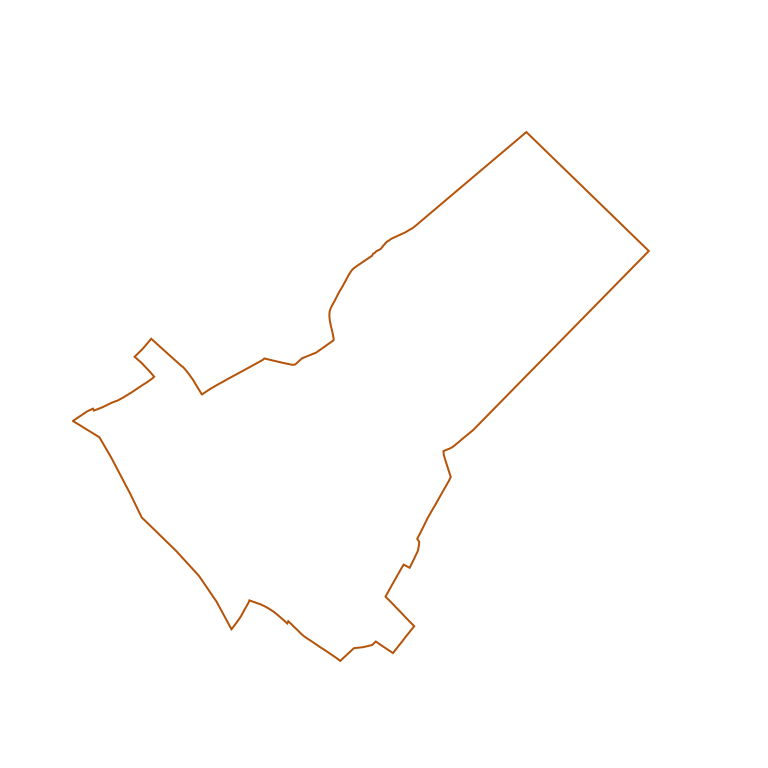 outline of Al Tibbin, Al Qahirah, Egypt, rotated 315°
{"feature_id": "37247803B18410334160069", "entity_name": "Al Tibbin", "entity_type": "district", "adm_level": 2, "iso_a3": "EGY", "parent_name": "Egypt", "parent_adm1": "Al Qahirah", "projection": "robinson", "projection_center": [31.32, 29.779], "detail": "fine", "context": "isolated", "style": "outline", "palette": "amber", "viewbox_px": 768, "rotation_deg": 315, "n_neighbors": 0, "source": "geoboundaries", "source_scale": "gbopen_adm2", "svg_char_len": 3298}
<svg xmlns="http://www.w3.org/2000/svg" viewBox="0 0 768 768"><g transform="rotate(315 384 384)"><path d="M468.2,284.2L466.1,284.9L464.0,284.4L457.2,283.1L448.4,281.4L444.5,280.8L441.9,280.8L441.2,280.9L440.4,281.0L436.7,281.8L433.3,282.8L428.1,284.4L420.9,286.4L417.1,287.3L408.8,290.0L403.7,291.5L399.7,292.8L396.7,294.4L393.7,297.0L390.8,300.5L387.5,305.4L384.9,309.7L380.5,316.3L379.9,316.9L379.3,317.4L358.6,313.9L358.0,313.7L357.5,313.5L344.3,307.9L335.0,307.4L334.5,307.0L334.0,306.7L332.6,305.4L328.2,298.7L323.7,291.5L320.9,287.0L317.5,281.4L315.2,281.2L309.9,279.7L306.6,278.7L300.6,277.0L292.2,274.5L287.2,273.0L282.5,271.6L276.5,269.8L271.2,268.4L266.6,267.0L260.7,265.4L260.1,265.3L259.5,265.1L257.2,264.5L253.3,263.7L251.2,263.3L249.2,262.9L247.9,262.7L247.9,262.3L249.1,257.3L250.9,249.8L251.8,246.7L252.8,240.5L253.3,236.9L253.6,234.7L253.9,230.1L253.5,227.3L253.1,220.2L252.3,205.6L251.4,187.4L238.4,188.5L226.9,188.4L227.5,197.6L227.1,210.3L226.7,215.2L226.6,215.8L226.6,216.3L224.7,216.3L222.5,216.0L217.9,215.2L211.0,213.7L199.9,211.5L190.5,209.3L186.9,208.2L184.9,207.6L184.3,207.4L183.6,207.2L181.3,206.1L179.5,205.3L178.8,205.0L178.2,204.7L168.9,201.5L160.1,197.7L160.7,195.6L160.0,195.4L159.3,195.1L154.9,193.5L138.4,190.2L138.1,190.2L137.9,190.3L145.1,220.5L139.1,243.1L129.6,273.6L127.2,281.4L118.3,307.1L118.5,317.7L118.7,333.6L119.0,354.8L117.5,388.7L113.3,410.9L111.7,419.5L102.7,449.6L102.9,449.6L103.1,449.6L103.4,449.5L108.6,448.8L111.4,448.4L114.3,447.9L117.0,447.4L119.3,446.9L121.6,446.2L123.9,445.6L126.9,444.6L129.3,444.0L131.4,443.4L133.6,442.8L135.8,441.8L138.1,446.6L138.5,447.3L138.7,448.0L139.5,449.6L140.2,451.0L140.7,452.1L141.2,453.2L141.5,454.2L141.9,455.3L142.4,456.6L142.7,457.7L143.0,458.7L143.3,459.8L143.7,461.2L144.0,462.8L144.4,464.4L144.7,465.9L145.0,467.1L145.1,468.6L145.4,470.8L145.8,476.3L146.1,481.1L146.2,483.8L146.3,484.4L146.3,484.9L148.4,484.2L148.6,484.1L148.7,489.1L148.7,492.3L148.8,496.3L148.8,501.0L148.9,503.4L149.1,505.9L149.6,508.7L150.2,511.6L150.7,514.0L151.8,519.7L152.8,525.1L154.1,530.9L155.2,536.6L155.7,539.3L156.4,542.8L156.7,544.9L157.1,547.7L157.2,548.4L157.3,548.9L162.6,549.0L163.6,549.1L167.9,549.2L175.1,549.5L176.0,549.6L183.1,555.3L191.1,560.2L196.1,560.3L197.8,569.3L200.1,580.6L215.5,578.8L220.6,578.1L234.1,576.6L234.2,566.7L234.4,559.2L234.7,542.4L234.7,537.2L234.6,535.6L234.9,535.4L247.0,531.9L265.0,526.9L270.2,525.6L272.2,532.1L276.8,530.6L283.1,528.4L284.7,527.8L286.6,527.1L289.9,526.0L293.3,523.7L297.2,520.7L298.0,517.0L312.1,512.4L319.9,509.7L329.4,507.1L334.1,505.9L348.4,501.9L352.6,500.8L361.6,498.3L365.4,497.0L370.0,488.1L372.2,483.8L376.3,476.1L378.7,473.5L380.5,474.2L384.3,475.9L387.6,477.0L390.8,477.4L401.4,478.3L414.6,479.6L665.3,477.2L662.8,306.5L573.3,299.0L566.1,298.4L516.8,294.3L515.4,294.1L514.7,294.0L514.1,293.9L512.6,293.5L512.1,293.3L511.7,293.2L510.1,292.8L508.2,292.3L508.0,292.2L507.9,292.2L505.5,291.6L505.2,291.5L505.1,291.4L502.3,290.3L495.4,287.8L491.9,286.5L491.3,286.4L490.7,286.3L489.3,286.1L486.9,285.5L485.4,285.4L484.8,285.4L484.3,285.5L481.7,285.7L479.4,285.9L479.3,286.0L479.1,286.0L476.9,286.1L476.2,285.9L475.4,285.7L474.9,285.5L474.1,285.2L473.0,284.9L472.9,284.8L472.2,284.7L469.8,284.7L468.2,284.2Z" fill="none" stroke="#b45309" stroke-width="2"/></g></svg>